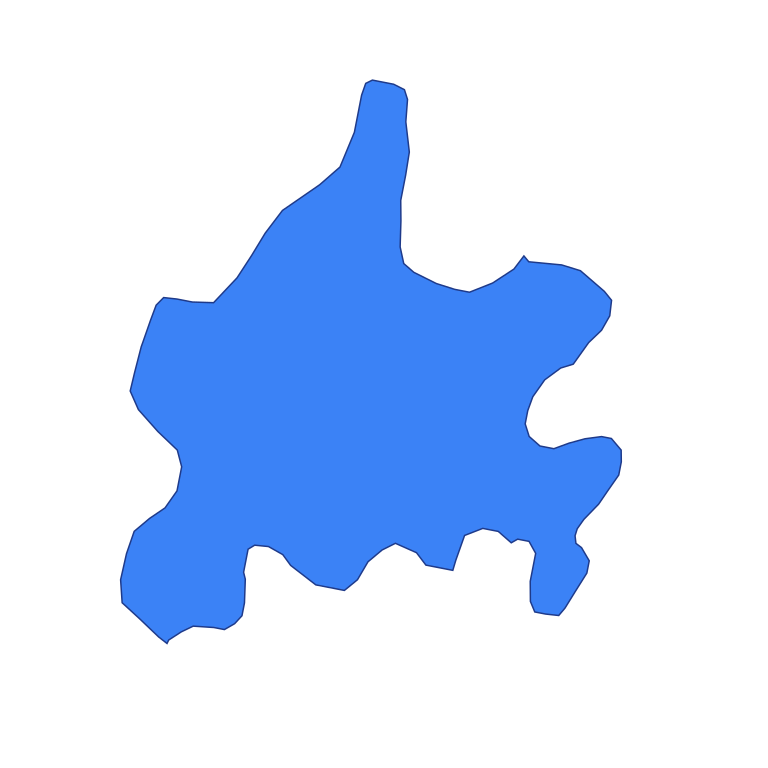 outline of Gradsko, rotated 11°
{"feature_id": "MKD-2930", "entity_name": "Gradsko", "entity_type": "Statistical Region", "adm_level": 1, "iso_a3": "MKD", "parent_name": "North Macedonia", "parent_adm1": "", "projection": "mercator", "projection_center": [21.909, 41.604], "detail": "fine", "context": "isolated", "style": "filled", "palette": "blue", "viewbox_px": 768, "rotation_deg": 11, "n_neighbors": 0, "source": "natural_earth", "source_scale": "10m", "svg_char_len": 1713}
<svg xmlns="http://www.w3.org/2000/svg" viewBox="0 0 768 768"><g transform="rotate(11 384 384)"><path d="M539.2,515.6L524.3,506.9L508.5,506.9L492.0,517.3L488.1,543.4L487.1,553.8L473.5,553.8L459.7,553.8L448.1,543.4L425.6,538.2L413.8,547.3L402.2,561.6L395.3,581.2L384.5,594.2L355.4,594.2L327.0,579.9L317.2,570.8L301.6,565.6L287.8,566.9L282.1,572.1L282.1,583.9L282.1,595.6L285.1,602.1L288.8,625.5L288.8,638.6L283.1,647.8L274.2,655.5L263.4,655.5L242.9,658.1L232.3,666.0L221.5,676.4L220.5,680.1L211.2,675.4L188.6,660.9L168.7,648.7L162.8,626.4L163.6,599.7L166.9,576.3L179.5,560.7L192.7,547.4L201.2,528.4L201.2,503.9L193.7,488.3L171.1,473.8L147.8,456.0L136.2,439.3L137.0,420.3L138.6,393.6L139.2,389.8L142.7,365.7L145.3,350.1L151.2,341.2L164.6,340.1L180.3,340.1L201.2,336.7L219.5,307.8L229.5,283.2L238.6,258.6L251.2,233.0L282.9,200.6L299.4,179.4L306.9,142.6L306.9,121.4L306.9,109.2L306.9,104.7L308.7,92.4L314.6,87.9L322.1,87.9L336.3,87.9L347.9,91.2L352.8,100.2L355.4,122.5L364.6,151.5L365.4,174.9L365.4,200.6L369.5,220.7L373.7,246.4L380.4,262.0L392.0,268.7L416.2,275.4L435.3,277.6L450.4,277.6L471.3,264.2L489.6,246.4L496.9,231.6L502.8,236.4L535.7,233.2L555.2,235.3L582.6,251.0L591.4,258.4L592.6,274.0L587.3,289.7L577.0,304.3L566.0,328.4L554.4,334.6L541.0,349.2L532.5,368.1L530.2,382.7L530.2,396.2L536.5,407.8L548.9,415.1L563.1,415.1L577.0,406.7L591.8,399.4L607.6,394.1L617.6,394.1L629.4,403.6L631.8,415.1L631.8,428.6L623.9,446.4L617.6,461.0L606.0,478.8L601.3,489.2L600.5,496.5L602.8,503.8L609.1,506.9L619.2,518.4L619.2,530.9L611.5,550.8L604.4,569.5L599.7,577.9L586.5,579.0L575.5,579.0L569.2,569.5L565.2,549.8L565.2,521.3L556.4,510.8L544.8,510.8L539.2,515.6Z" fill="#3b82f6" stroke="#1e3a8a" stroke-width="1.5"/></g></svg>